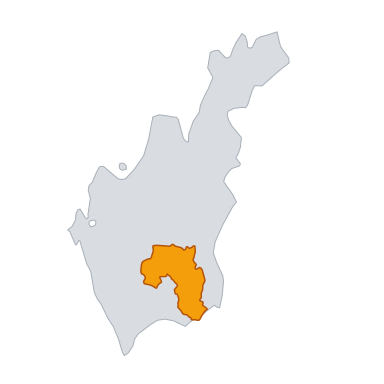 Aragatsotn highlighted on a map of Armenia, rotated 254°
{"feature_id": "ARM-1553", "entity_name": "Aragatsotn", "entity_type": "Province", "adm_level": 1, "iso_a3": "ARM", "parent_name": "Armenia", "parent_adm1": "", "projection": "robinson", "projection_center": [44.108, 40.464], "detail": "fine", "context": "in_parent", "style": "filled", "palette": "amber", "viewbox_px": 384, "rotation_deg": 254, "n_neighbors": 0, "source": "natural_earth", "source_scale": "10m", "svg_char_len": 4448}
<svg xmlns="http://www.w3.org/2000/svg" viewBox="0 0 384 384"><g transform="rotate(254 192 192)"><path d="M170.1,232.0L167.0,227.4L151.7,212.2L137.6,200.5L127.8,195.7L118.1,196.2L102.9,198.5L97.3,197.6L84.1,192.5L73.1,186.6L74.6,184.1L76.9,182.3L74.1,174.5L68.1,162.0L68.7,158.0L66.8,152.6L64.7,148.5L73.3,138.7L77.3,130.9L78.2,123.2L75.9,115.2L70.2,100.8L66.7,96.6L60.3,92.7L54.8,86.3L53.5,81.8L58.1,80.9L71.4,80.8L84.4,79.2L94.5,76.2L109.2,73.7L115.3,71.5L122.3,70.4L143.8,72.8L151.8,71.0L176.0,70.7L176.6,69.7L173.3,66.7L173.3,65.5L187.7,63.6L189.9,62.1L191.8,67.0L197.3,72.4L203.2,74.5L206.4,77.5L206.5,79.7L196.1,82.5L195.4,83.8L196.1,85.2L199.2,85.8L213.9,92.6L222.2,92.7L226.6,94.8L228.8,98.8L235.8,104.3L241.4,109.6L241.8,111.4L240.8,114.1L225.2,124.5L223.3,128.1L223.1,131.9L230.0,143.2L240.2,155.5L254.8,164.9L275.0,175.1L275.3,181.4L272.2,188.9L269.5,194.0L268.3,197.4L265.8,198.8L245.8,198.5L242.8,199.8L241.5,201.2L241.4,202.5L248.6,204.8L259.9,212.9L266.4,220.7L273.2,224.1L280.8,230.4L286.9,236.2L296.4,243.7L307.0,241.3L321.1,248.0L321.7,252.5L320.9,256.6L312.1,261.0L311.0,262.9L311.0,264.4L312.2,266.6L317.4,270.2L323.6,275.6L330.5,283.7L327.5,286.1L321.1,286.4L316.0,285.4L314.3,287.1L314.4,289.7L321.0,295.8L322.3,300.3L322.1,308.0L322.5,317.8L307.2,317.2L294.2,321.9L289.3,320.9L286.0,312.6L283.1,305.9L274.7,288.6L276.9,281.5L272.3,277.4L261.1,270.0L258.2,267.0L259.7,262.8L260.8,255.2L259.7,249.0L256.7,247.1L251.1,247.0L244.4,248.5L230.8,254.5L221.4,250.7L215.9,246.8L212.8,243.6L205.7,246.3L204.0,245.0L203.6,237.0L201.5,232.8L197.2,227.8L193.2,225.3L178.8,230.3L170.1,232.0ZM192.0,90.3L192.4,87.5L191.7,84.9L189.4,84.1L186.5,84.8L186.3,87.6L187.2,90.3L190.1,91.5L192.0,90.3ZM238.5,134.2L235.2,136.0L232.1,135.2L232.1,130.8L234.3,129.0L236.9,129.1L239.4,130.7L238.5,134.2Z" fill="#d9dde1" stroke="#a8b0b8" stroke-width="1"/><path d="M75.2,174.4L74.0,171.6L70.1,166.9L67.7,164.8L66.8,163.2L67.4,161.4L68.2,160.2L69.5,156.1L71.0,156.3L71.4,156.2L71.7,155.9L72.4,155.0L73.0,154.5L74.8,153.5L75.4,153.0L75.9,152.2L76.1,151.6L76.3,151.0L76.6,150.4L77.2,149.9L78.4,149.3L80.8,148.7L81.6,148.4L84.3,146.9L85.0,146.7L85.6,146.7L86.9,147.5L87.4,147.6L88.5,147.7L89.0,147.8L89.5,148.0L91.3,149.3L91.8,149.6L92.3,149.7L93.7,149.8L97.4,149.7L97.8,149.5L98.1,149.2L98.3,148.7L98.4,148.3L98.7,148.0L99.2,147.9L102.9,148.1L103.0,148.2L103.2,148.4L103.7,149.1L105.1,151.3L105.5,151.7L105.8,152.0L106.2,152.2L106.6,152.2L107.2,152.2L107.7,151.9L110.1,150.5L112.5,149.6L113.8,148.6L114.2,148.4L114.6,148.3L116.1,148.1L116.5,148.0L116.9,147.7L117.3,147.3L118.1,146.9L118.4,146.7L118.9,146.2L119.2,145.9L119.9,145.5L119.9,145.4L119.7,145.2L118.7,144.7L118.2,144.2L118.1,143.7L118.1,142.9L118.4,141.5L119.2,138.7L119.3,138.2L119.3,137.7L118.8,137.5L118.3,137.4L115.5,137.9L114.2,137.9L113.8,137.8L113.6,137.6L113.4,137.2L113.2,136.0L113.0,135.5L112.7,135.0L112.2,134.1L111.6,133.3L110.8,132.6L109.5,131.6L109.4,131.3L109.6,130.8L112.6,128.1L114.1,126.2L117.0,120.9L118.1,120.7L118.5,120.7L119.1,120.8L119.7,121.1L120.3,121.7L121.2,122.7L121.6,123.1L122.3,123.4L123.3,123.5L124.8,123.2L125.7,122.8L126.4,122.2L127.0,121.3L127.3,121.0L127.6,120.9L128.1,120.8L129.2,120.9L130.6,121.2L135.2,123.0L137.4,124.2L138.0,124.8L138.7,125.6L139.1,127.2L139.7,130.9L139.7,131.9L139.3,133.4L139.4,133.8L140.0,134.5L145.7,138.4L146.4,138.7L149.8,139.2L150.4,139.5L151.0,139.8L150.9,141.4L150.2,144.2L146.0,155.6L146.2,156.5L146.9,158.0L147.0,158.7L146.7,159.5L145.9,160.1L144.6,160.9L141.4,166.3L140.6,167.0L139.8,167.5L139.2,167.6L138.6,167.8L138.3,168.4L138.3,169.0L139.0,170.1L139.6,170.6L140.6,171.3L140.8,171.7L140.8,172.2L140.4,172.7L139.9,173.1L138.8,173.7L138.6,174.2L138.6,174.9L138.7,176.1L139.8,178.6L139.2,179.8L134.0,178.8L132.1,177.9L130.5,176.8L130.1,176.6L129.6,176.4L128.2,175.7L127.7,175.1L127.2,174.6L126.5,174.3L125.6,174.4L123.8,174.8L122.8,175.3L122.0,175.8L121.5,176.0L121.0,176.0L120.3,175.7L119.6,174.8L119.2,174.5L118.8,174.3L118.3,174.2L117.8,174.1L117.2,174.2L116.7,174.6L116.6,175.2L116.8,176.0L117.2,177.6L117.3,178.6L116.3,179.6L114.4,180.3L104.0,180.2L103.3,180.0L102.6,179.6L101.3,178.5L99.9,177.1L99.1,176.6L95.7,175.5L94.5,174.8L92.3,173.1L91.9,172.9L91.3,172.7L89.0,172.2L88.2,171.9L87.7,171.6L86.6,170.0L86.2,169.7L85.8,169.6L85.2,169.9L84.3,170.9L83.8,171.6L83.2,172.1L82.6,172.2L81.7,171.7L81.0,171.2L80.3,171.1L79.6,171.4L77.5,173.1L75.3,174.4L75.2,174.4Z" fill="#f59e0b" stroke="#b45309" stroke-width="1.5"/></g></svg>